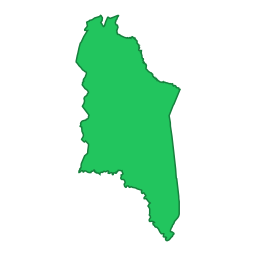 outline of Chiradzulu, Chiradzulu, Malawi
{"feature_id": "42251766B78568245260433", "entity_name": "Chiradzulu", "entity_type": "district", "adm_level": 2, "iso_a3": "MWI", "parent_name": "Malawi", "parent_adm1": "Chiradzulu", "projection": "albers", "projection_center": [35.198, -15.762], "detail": "fine", "context": "isolated", "style": "filled", "palette": "green", "viewbox_px": 256, "rotation_deg": 0, "n_neighbors": 0, "source": "geoboundaries", "source_scale": "gbopen_adm2", "svg_char_len": 5725}
<svg xmlns="http://www.w3.org/2000/svg" viewBox="0 0 256 256"><path d="M88.0,172.3L89.3,172.6L90.6,172.6L91.0,172.5L91.2,171.6L91.5,171.3L92.7,171.2L93.8,170.6L93.9,170.1L94.4,170.1L94.8,170.8L94.7,171.7L94.9,172.0L95.6,172.4L96.0,172.2L96.4,172.4L96.3,172.8L96.7,173.0L98.4,173.1L99.9,174.3L99.9,173.4L100.1,173.1L100.9,172.4L101.8,172.2L102.6,172.4L103.8,171.3L104.3,171.3L104.6,171.5L105.4,171.8L105.8,171.7L107.5,170.9L108.3,171.1L108.6,171.4L108.6,171.8L108.1,173.0L108.4,173.2L109.2,173.4L111.2,172.6L111.6,172.7L112.0,172.8L112.2,173.2L112.4,174.5L112.8,174.7L113.2,174.5L113.4,173.3L113.7,173.0L114.2,172.8L115.5,173.2L116.3,173.1L116.5,172.8L116.3,172.0L117.2,171.9L117.6,171.1L118.4,170.7L118.4,170.3L120.5,170.5L121.3,170.9L122.0,170.7L122.4,172.4L123.0,173.6L122.9,174.0L122.6,174.3L121.1,175.1L121.5,175.8L120.8,177.9L120.8,178.3L121.2,179.0L121.9,179.5L123.2,179.4L123.9,179.8L124.3,180.1L124.7,180.8L125.2,182.5L124.3,183.9L124.2,184.4L124.6,186.1L125.1,186.8L125.8,187.3L126.2,187.2L126.4,186.4L126.8,186.1L128.0,185.9L128.5,186.1L128.9,186.8L129.4,187.3L130.2,187.2L131.1,186.6L131.6,186.7L132.2,187.3L135.6,187.9L137.1,188.8L141.6,190.2L141.8,190.6L141.4,191.9L141.8,193.1L142.6,193.4L143.3,192.9L143.9,192.9L145.1,194.7L145.7,195.3L145.8,195.7L145.6,196.1L144.6,197.0L144.1,197.7L144.1,198.6L144.9,198.8L146.2,198.6L146.5,198.8L146.9,199.6L148.6,201.7L149.1,202.3L149.9,202.7L150.2,203.0L149.2,203.8L148.7,205.0L148.1,205.7L148.0,206.1L148.6,206.8L149.5,208.3L149.7,209.1L149.7,213.7L149.3,215.0L150.2,215.9L150.5,217.6L149.3,219.4L149.2,220.3L149.4,221.1L149.7,221.4L150.1,221.5L151.4,221.2L153.0,221.5L154.2,222.2L154.4,222.5L153.2,222.7L152.9,223.1L153.3,224.8L154.4,225.4L154.9,226.6L155.7,227.1L156.8,227.2L157.8,228.2L158.4,228.9L159.9,231.9L161.2,233.6L161.6,233.8L163.3,233.7L163.8,233.8L163.3,236.4L163.5,236.8L163.9,236.9L165.6,237.1L166.4,237.5L166.3,237.9L165.6,238.5L165.5,238.9L165.7,239.7L166.2,240.4L166.6,240.6L167.5,240.6L169.4,239.6L171.4,237.1L172.4,236.4L172.7,235.3L173.9,234.0L173.9,233.3L172.2,232.0L170.8,231.7L170.4,231.3L170.5,230.0L171.1,228.3L172.2,226.5L172.5,225.2L173.5,224.0L174.1,222.8L174.4,221.6L177.8,217.6L178.7,216.0L178.9,215.2L179.2,214.0L179.2,201.6L178.8,198.9L178.7,196.1L176.7,178.6L176.3,178.1L176.2,177.5L175.6,168.9L173.6,151.0L171.9,136.2L170.4,126.1L170.3,122.7L169.1,115.7L173.2,105.2L173.9,104.2L180.0,89.4L178.9,89.0L178.8,88.1L178.4,87.9L176.6,87.7L176.3,87.5L176.3,87.0L176.0,86.8L175.8,86.1L175.1,85.6L174.3,85.5L173.6,86.0L173.2,85.8L172.6,83.9L172.2,83.7L171.4,84.0L170.1,83.6L169.3,83.7L167.1,82.9L166.1,82.8L164.6,82.1L163.7,82.4L163.3,81.8L162.9,82.3L162.6,82.0L162.1,82.0L161.3,82.3L160.0,81.9L159.4,81.3L158.6,81.1L158.0,80.4L157.1,80.5L157.0,80.1L157.2,79.7L157.0,79.3L156.6,79.2L156.3,78.9L156.2,78.5L155.4,78.8L155.1,78.4L154.9,77.4L154.0,77.4L153.6,77.2L153.3,76.4L152.9,76.2L152.7,75.6L152.7,74.5L152.5,74.1L152.1,74.1L151.4,73.0L150.2,72.6L148.4,71.4L146.6,69.3L146.2,69.1L146.0,68.7L146.0,67.8L146.3,67.0L146.2,65.7L146.4,65.4L146.3,65.0L145.6,64.5L145.7,64.1L144.9,63.7L144.3,62.6L143.5,63.0L143.3,62.7L143.7,62.6L143.9,62.3L143.1,60.7L142.8,60.4L143.4,59.3L143.3,58.8L142.4,58.4L142.0,57.1L141.9,55.4L141.6,54.6L141.3,53.3L140.7,52.8L141.3,52.2L141.4,50.6L140.2,50.9L139.8,50.8L139.9,50.4L139.1,50.4L138.7,50.1L138.8,49.2L139.4,48.1L139.0,48.0L138.9,47.6L139.3,47.0L138.8,46.3L138.8,45.4L139.1,45.2L138.5,44.9L138.0,44.1L137.7,43.9L137.5,43.5L136.9,42.9L137.1,42.1L137.0,40.9L136.2,40.4L135.8,39.6L135.3,38.9L134.9,39.1L134.6,38.7L134.9,38.4L134.8,38.0L134.1,38.3L133.7,38.2L133.4,37.9L133.5,37.5L133.0,37.4L132.5,36.8L132.1,36.7L131.6,37.4L130.8,37.5L130.6,37.9L130.7,38.3L130.3,38.2L130.4,37.8L130.0,37.6L129.6,37.6L129.3,37.9L128.9,38.1L128.5,38.1L127.7,37.7L127.3,37.7L127.1,38.1L124.2,37.3L121.9,36.2L121.5,36.2L120.8,35.6L120.4,35.5L120.2,35.2L119.0,34.5L118.6,34.3L117.8,34.4L117.3,33.8L117.1,32.5L116.8,32.2L117.0,30.9L116.7,30.6L116.7,30.2L117.2,29.5L118.0,27.1L117.6,26.4L117.5,25.5L117.3,25.1L116.4,24.9L116.0,24.6L115.5,23.4L115.3,22.5L115.8,21.3L115.8,20.4L116.7,19.5L117.4,17.4L118.4,16.0L118.5,15.7L118.1,15.4L116.9,15.8L113.5,17.2L110.4,18.3L109.9,18.3L109.4,18.1L108.4,17.3L107.9,17.2L107.6,17.5L105.7,21.8L104.5,25.7L104.0,26.4L103.6,26.6L103.2,26.4L102.8,25.4L102.2,24.8L101.9,23.9L100.8,22.6L102.1,20.6L102.4,18.1L102.3,17.5L101.9,17.1L101.3,16.0L101.0,15.6L100.5,15.4L100.0,16.1L99.3,16.6L94.6,18.0L92.7,19.4L91.5,20.0L89.9,20.3L89.5,20.5L89.4,20.9L89.1,21.2L88.7,21.2L86.7,22.2L87.4,26.1L86.6,27.2L85.1,28.9L84.7,29.7L84.8,30.3L85.5,30.3L86.8,30.7L87.5,30.6L83.8,36.6L81.2,42.2L80.3,43.2L79.0,48.0L77.9,53.3L77.3,55.5L76.2,61.1L76.2,62.1L77.4,63.4L79.2,65.9L80.8,67.4L82.4,69.6L83.1,70.2L84.2,70.8L84.8,71.5L86.0,72.0L86.4,72.8L86.3,74.2L85.6,75.7L85.6,76.2L85.0,77.3L83.6,79.2L83.3,80.4L83.4,80.8L83.7,81.0L83.7,81.5L82.6,82.3L82.6,83.5L82.2,84.8L85.1,88.7L86.6,89.6L87.5,90.6L88.2,91.6L88.4,92.5L87.4,93.9L86.8,95.4L85.0,96.7L84.4,97.4L84.0,98.7L84.5,100.4L84.5,101.2L84.0,103.4L82.5,106.0L82.4,106.4L88.9,115.0L89.0,115.3L88.5,116.4L88.5,117.5L88.1,118.4L87.7,118.8L86.3,119.3L85.8,120.2L85.0,120.4L84.6,120.3L82.4,121.0L81.7,121.5L80.7,123.0L80.6,123.4L80.8,123.8L80.8,124.6L80.4,125.8L80.1,126.2L80.3,126.5L81.7,127.1L82.0,131.3L82.3,132.1L82.7,132.5L82.9,133.6L83.3,134.1L83.4,135.4L83.2,136.6L81.6,139.3L82.3,140.3L84.3,142.0L85.3,141.5L85.6,141.0L88.5,144.1L88.5,145.7L87.9,149.9L87.6,153.3L84.6,155.9L81.4,163.5L81.1,165.1L81.1,167.3L80.0,168.7L80.4,169.0L79.8,169.6L79.1,170.8L78.9,172.3L79.0,172.5L79.4,172.4L80.1,171.9L80.5,171.8L80.9,171.1L81.3,170.8L82.2,170.7L82.6,170.7L83.1,171.9L83.6,172.0L84.4,171.0L84.8,170.8L85.7,171.0L88.0,172.3Z" fill="#22c55e" stroke="#15803d" stroke-width="1.5"/></svg>